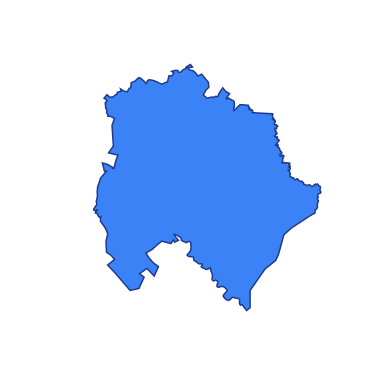 outline of Mopani, Limpopo, South Africa, rotated 55°
{"feature_id": "47623444B84816538378710", "entity_name": "Mopani", "entity_type": "district", "adm_level": 2, "iso_a3": "ZAF", "parent_name": "South Africa", "parent_adm1": "Limpopo", "projection": "robinson", "projection_center": [30.66, -23.827], "detail": "fine", "context": "isolated", "style": "filled", "palette": "blue", "viewbox_px": 384, "rotation_deg": 55, "n_neighbors": 0, "source": "geoboundaries", "source_scale": "gbopen_adm2", "svg_char_len": 5900}
<svg xmlns="http://www.w3.org/2000/svg" viewBox="0 0 384 384"><g transform="rotate(55 192 192)"><path d="M128.3,259.1L133.8,266.5L137.3,269.4L141.5,272.1L144.7,275.7L147.6,277.1L149.5,282.1L150.4,282.9L151.8,282.0L151.9,281.6L152.0,280.2L152.3,279.8L153.2,281.7L153.4,282.9L153.6,283.2L154.3,282.9L155.9,281.8L156.5,282.2L157.6,282.6L159.7,282.4L160.1,282.2L160.3,281.8L160.2,281.1L163.2,283.7L171.0,283.7L174.2,284.1L178.0,285.1L183.1,290.8L192.3,296.6L197.0,294.7L202.8,294.1L203.4,303.0L215.3,301.3L237.1,299.2L240.6,290.8L234.3,280.1L228.8,281.8L228.8,272.7L239.2,271.2L233.9,262.3L227.9,264.3L221.5,265.0L215.6,264.8L216.2,257.4L215.4,251.5L214.9,245.0L222.1,238.9L220.7,234.7L223.1,235.0L223.8,230.7L219.5,231.3L216.6,230.9L217.0,230.6L217.7,229.7L220.5,228.5L221.4,227.8L223.8,227.5L224.3,227.6L225.0,228.1L225.5,228.3L227.2,227.7L229.2,226.3L230.1,226.0L230.2,225.7L230.3,223.9L230.8,222.8L232.4,222.1L233.1,222.0L233.5,222.2L234.7,223.5L236.4,224.1L238.3,225.9L239.6,227.9L239.9,228.5L240.5,231.8L241.1,232.3L242.0,232.1L243.4,231.2L245.7,228.4L246.1,228.2L246.8,228.3L248.2,229.4L249.2,229.6L252.8,228.1L254.2,227.9L254.8,227.5L256.6,225.1L257.1,225.0L257.5,225.1L258.0,226.6L258.3,227.1L258.7,227.4L259.1,227.4L261.8,225.7L262.8,225.4L263.2,225.1L263.8,224.3L264.4,223.1L264.4,220.5L265.3,220.4L267.2,221.8L269.6,222.1L272.6,223.4L273.2,223.8L274.5,225.4L275.6,225.8L276.7,225.6L277.3,225.4L277.5,223.7L278.1,222.9L279.6,222.4L280.5,222.3L281.2,222.9L282.1,224.4L282.9,225.2L283.9,225.7L284.3,225.7L285.6,224.4L285.8,222.8L287.2,220.8L288.7,220.1L291.2,219.5L292.1,219.5L292.9,219.9L293.3,220.5L294.0,223.7L294.7,225.8L295.2,226.2L297.5,226.2L299.6,225.8L301.2,224.7L301.8,224.2L302.0,223.2L301.9,222.1L301.5,220.1L301.5,219.6L301.7,219.1L301.9,218.7L303.1,217.9L303.8,217.1L306.1,215.0L306.9,214.7L307.7,214.8L308.3,215.4L308.8,215.7L309.2,216.2L310.1,216.6L310.5,217.0L311.5,217.3L312.5,217.2L312.7,216.9L312.6,216.1L313.1,215.4L316.6,215.5L320.5,215.2L320.2,212.7L320.1,210.8L306.0,200.9L297.0,176.5L296.1,162.9L293.0,157.3L279.7,141.2L278.5,130.7L279.1,109.9L279.6,104.4L279.8,104.0L279.8,103.3L279.2,103.0L277.4,101.4L277.3,99.7L276.8,98.3L276.4,97.9L274.6,97.0L273.2,95.4L272.6,95.1L272.2,93.8L271.7,93.5L270.9,93.6L269.3,93.1L269.1,92.9L269.0,91.9L268.4,91.4L267.0,91.4L266.5,90.8L266.0,89.8L266.6,87.4L266.5,86.9L265.3,86.3L263.3,85.9L262.7,84.8L261.7,84.0L260.9,83.8L259.9,84.6L257.8,84.4L257.5,84.5L257.4,84.8L257.4,85.7L257.3,85.9L256.4,86.1L256.4,86.9L256.2,87.7L256.3,88.0L256.6,88.1L256.8,88.5L256.4,89.8L256.3,90.6L255.1,91.2L253.8,91.3L253.3,92.2L252.7,93.0L252.5,94.2L251.3,95.0L250.8,95.0L250.0,96.0L248.8,95.7L248.2,95.3L247.1,95.9L246.5,95.6L246.1,95.8L246.0,96.8L244.2,97.7L243.5,97.9L241.8,97.9L241.3,98.9L241.6,99.7L241.3,100.3L239.8,100.8L238.5,100.7L237.1,102.4L236.6,102.1L236.0,102.7L235.2,102.8L234.7,102.5L233.8,101.1L232.5,100.9L231.2,100.3L229.4,100.8L229.3,100.2L229.9,99.0L229.8,98.8L229.3,98.3L228.5,98.0L227.8,98.2L227.4,98.7L227.1,98.0L227.6,97.3L227.2,97.2L227.0,96.6L226.9,96.6L226.1,97.2L225.4,97.1L225.0,96.8L225.2,96.1L224.7,95.4L224.0,95.8L223.2,96.8L222.6,97.2L222.3,98.2L221.8,98.6L221.7,99.2L220.8,99.2L220.6,99.5L220.5,100.0L220.7,100.4L220.2,101.4L219.8,101.6L219.5,101.2L219.0,101.1L218.2,99.6L216.6,98.5L216.5,97.9L215.9,97.3L215.6,96.4L215.4,96.1L214.4,96.5L214.0,96.4L213.9,96.7L213.3,97.0L213.8,98.7L213.2,99.3L211.8,98.6L211.3,97.4L211.6,97.0L211.7,96.5L211.3,95.8L210.5,95.7L209.4,96.1L208.4,95.9L207.6,96.1L206.7,95.4L206.2,95.2L204.7,95.9L204.4,96.0L204.2,95.7L203.7,95.9L203.8,95.4L203.4,94.8L203.1,94.5L202.3,94.5L202.0,94.8L202.0,96.2L201.6,96.7L199.7,90.9L198.9,91.2L198.6,91.1L197.7,92.0L196.7,91.4L196.5,90.8L195.8,90.5L195.5,90.7L195.6,91.3L195.1,91.8L194.7,92.1L194.0,92.1L193.7,92.5L193.3,92.2L193.4,91.4L193.1,89.8L192.8,89.3L192.9,88.9L192.6,88.6L191.6,89.0L191.3,89.0L191.0,89.2L190.5,88.4L189.8,88.1L189.4,88.6L188.8,88.7L187.4,87.6L187.4,87.3L187.9,86.7L188.3,86.8L188.6,86.4L187.3,85.3L187.3,84.1L185.8,84.4L185.4,84.3L184.9,85.2L184.4,85.3L184.2,85.7L184.0,85.8L182.8,84.9L182.5,83.8L182.2,83.5L181.9,83.5L181.7,83.1L181.2,83.4L180.7,83.0L180.3,83.0L180.3,83.4L179.4,83.7L179.3,84.1L178.7,84.4L178.4,83.7L178.5,83.0L177.6,83.2L176.9,82.8L175.5,82.5L175.2,82.2L174.9,81.3L174.2,81.0L164.5,93.5L161.4,97.1L160.9,96.1L160.6,95.8L160.0,95.9L159.4,95.7L159.3,96.0L158.6,96.1L158.5,97.1L158.2,97.3L157.7,97.2L157.2,97.5L156.8,97.3L156.7,97.4L156.6,96.5L155.2,96.9L154.6,96.4L154.2,96.7L153.5,96.8L153.4,96.7L153.6,96.6L153.2,96.2L148.0,102.5L149.4,110.8L147.3,109.9L146.4,108.3L145.2,107.6L143.6,106.3L141.9,105.7L140.8,105.7L139.3,107.0L138.8,106.9L138.2,107.1L137.5,107.8L136.1,108.0L135.8,110.1L135.4,110.3L134.9,110.2L133.0,104.8L128.6,106.8L124.3,107.0L126.1,111.8L127.5,114.5L128.6,116.0L128.0,117.0L127.1,117.9L127.0,118.9L127.1,120.2L125.8,120.9L125.6,121.1L125.2,122.6L124.4,123.9L124.3,125.0L123.5,125.9L119.1,127.1L116.5,122.1L115.9,118.1L111.5,115.7L101.0,116.5L100.4,120.6L96.9,120.7L93.4,121.4L90.9,123.8L87.8,124.7L89.9,119.9L86.6,120.2L86.3,125.5L87.3,126.6L86.8,128.6L87.3,133.0L85.7,134.5L84.3,133.8L82.6,136.2L81.5,139.5L84.1,138.5L85.3,142.4L83.5,144.1L87.9,149.1L87.3,149.9L86.5,154.6L83.7,156.6L81.8,157.4L78.0,160.1L75.4,162.7L75.3,164.5L76.9,167.4L73.3,167.8L68.9,168.9L67.7,170.3L68.5,175.2L67.9,177.7L67.7,179.4L71.5,182.2L71.1,184.0L72.8,187.7L70.1,190.0L66.6,191.4L68.8,192.1L67.5,196.1L69.0,197.2L68.4,198.9L68.8,200.5L68.6,201.0L68.9,202.3L68.0,203.4L67.9,203.9L67.4,204.8L66.2,205.3L65.5,205.3L63.5,205.9L64.7,210.3L66.5,209.5L68.6,209.2L69.0,211.3L69.4,212.1L74.2,214.7L76.2,214.7L77.9,216.4L80.8,216.6L81.6,217.5L83.7,215.0L87.4,213.4L91.4,219.2L109.2,230.0L112.1,237.9L119.3,231.5L122.7,236.5L127.7,242.2L127.5,242.3L127.8,242.9L126.9,243.4L126.5,242.8L121.1,245.3L116.8,248.7L124.7,251.8L125.9,250.1L127.6,256.8L128.3,259.1Z" fill="#3b82f6" stroke="#1e3a8a" stroke-width="1.5"/></g></svg>